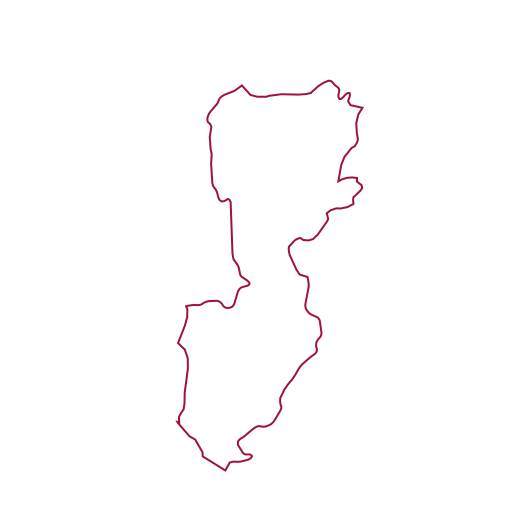 outline of Leitrim, rotated 223°
{"feature_id": "IRL-730", "entity_name": "Leitrim", "entity_type": "County", "adm_level": 1, "iso_a3": "IRL", "parent_name": "Ireland", "parent_adm1": "", "projection": "mercator", "projection_center": [-8.037, 54.143], "detail": "fine", "context": "isolated", "style": "outline", "palette": "rose", "viewbox_px": 512, "rotation_deg": 223, "n_neighbors": 0, "source": "natural_earth", "source_scale": "10m", "svg_char_len": 3051}
<svg xmlns="http://www.w3.org/2000/svg" viewBox="0 0 512 512"><g transform="rotate(223 256 256)"><path d="M200.4,81.0L198.7,82.0L202.7,85.8L203.7,90.0L204.4,94.5L207.5,99.1L215.1,107.6L228.7,126.8L236.2,134.7L244.3,139.0L253.6,139.1L260.4,156.3L264.5,164.2L270.0,170.4L272.8,171.5L271.1,174.2L268.2,177.7L264.4,181.0L263.6,182.1L262.8,183.6L262.4,185.6L261.8,187.5L260.9,189.2L259.8,190.7L254.6,196.1L253.4,197.0L251.7,197.7L250.0,197.9L248.1,197.8L246.4,197.2L244.4,197.1L242.8,197.6L241.3,198.6L240.1,200.0L239.2,201.6L238.7,203.4L239.2,206.0L245.0,217.8L245.6,220.5L245.4,222.6L244.6,224.4L243.5,226.0L242.1,228.2L241.5,230.0L241.9,231.4L243.0,232.0L245.8,232.1L252.0,231.0L253.8,231.2L255.2,231.8L260.6,235.7L263.2,236.9L270.3,238.3L274.7,241.6L311.4,278.2L314.1,279.1L315.6,278.4L316.0,276.4L316.6,274.6L317.7,273.1L319.1,272.2L321.1,272.2L323.0,272.9L328.6,276.4L331.1,277.2L334.9,277.9L337.5,279.4L351.7,292.8L357.9,300.3L362.3,303.4L371.0,311.5L376.7,320.0L378.8,321.0L380.7,321.2L382.4,321.1L384.1,322.1L385.7,323.9L386.6,325.8L387.4,328.0L387.8,330.6L388.2,340.5L388.4,341.9L389.6,344.8L390.1,346.7L389.9,349.4L388.9,352.7L384.4,362.0L382.6,371.1L369.9,370.0L363.7,373.3L357.0,379.6L355.8,381.9L348.0,391.4L335.0,403.0L329.9,408.5L327.1,412.6L327.0,415.0L326.7,417.3L326.4,421.9L326.0,424.0L324.8,428.3L323.9,430.7L322.3,433.9L320.5,435.1L318.6,435.2L314.6,434.8L310.7,435.2L308.8,434.7L307.7,433.5L305.7,430.1L304.3,428.6L302.2,427.7L301.1,428.6L300.6,430.3L300.6,434.8L300.2,437.5L299.2,438.7L298.4,438.9L297.3,438.1L296.5,436.9L295.6,435.3L295.0,433.5L294.0,431.9L289.7,430.8L279.2,437.0L277.7,429.4L273.5,421.8L269.7,418.1L266.1,414.7L261.0,410.8L259.5,408.1L258.7,403.5L259.8,400.2L258.9,388.9L255.9,380.9L246.7,366.8L245.2,371.1L242.7,375.3L239.3,379.0L235.3,382.0L232.9,379.3L227.1,379.8L224.6,378.0L224.2,374.5L224.8,365.3L223.4,363.4L220.2,360.5L222.5,354.1L226.7,348.2L229.0,346.4L230.4,344.6L232.7,340.1L233.4,335.5L228.4,332.3L227.6,329.6L225.4,313.5L225.8,307.3L228.3,303.1L232.4,299.9L236.0,299.4L236.9,297.8L237.6,296.3L238.2,294.4L238.3,292.3L238.3,285.3L236.2,282.7L232.2,279.8L217.1,273.6L211.4,272.2L204.0,275.8L199.2,272.2L196.5,269.5L186.9,254.2L185.7,253.0L184.3,251.9L182.4,251.1L180.4,250.7L178.2,250.5L176.2,250.7L169.0,253.1L167.0,252.9L165.3,252.2L155.6,244.4L154.5,242.8L153.8,240.8L153.7,237.2L153.1,234.3L151.0,231.4L147.3,228.9L146.5,227.3L146.1,225.0L147.3,218.5L148.3,208.9L148.3,205.9L147.8,202.4L146.3,196.1L145.5,191.4L145.0,183.2L144.1,177.5L141.4,168.7L138.8,165.7L136.5,163.9L134.6,163.1L133.5,161.5L132.7,159.3L130.3,148.1L130.1,145.7L130.4,142.9L132.1,138.7L133.7,136.6L135.4,135.2L137.0,134.2L138.4,133.1L139.5,130.6L140.3,127.2L141.5,116.9L142.0,114.0L142.7,112.0L142.9,110.1L142.6,107.9L140.5,105.6L131.9,103.2L130.0,103.1L128.3,103.7L125.8,106.2L124.3,107.0L122.4,106.9L121.9,105.1L122.7,101.8L127.1,95.0L130.0,92.1L132.3,90.2L134.3,87.1L132.4,78.9L132.2,78.2L158.3,73.1L161.3,76.0L175.2,80.3L181.7,78.8L199.4,80.7L200.1,80.9L200.4,81.0Z" fill="none" stroke="#9f1239" stroke-width="2"/></g></svg>